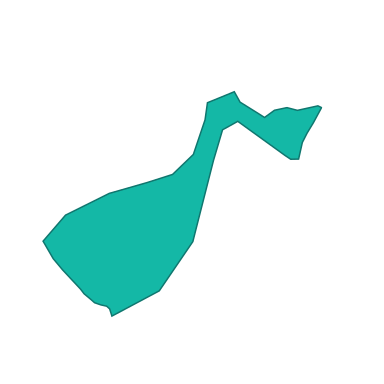 outline of Calvary, Castries, Saint Lucia, rotated 61°
{"feature_id": "8701671B81655629015903", "entity_name": "Calvary", "entity_type": "district", "adm_level": 2, "iso_a3": "LCA", "parent_name": "Saint Lucia", "parent_adm1": "Castries", "projection": "natural_earth1", "projection_center": [-60.987, 14.015], "detail": "fine", "context": "isolated", "style": "filled", "palette": "teal", "viewbox_px": 384, "rotation_deg": 61, "n_neighbors": 0, "source": "geoboundaries", "source_scale": "gbopen_adm2", "svg_char_len": 705}
<svg xmlns="http://www.w3.org/2000/svg" viewBox="0 0 384 384"><g transform="rotate(61 192 192)"><path d="M261.7,322.2L262.6,268.5L262.0,267.4L235.8,215.3L228.1,208.1L174.7,157.8L152.4,135.1L152.4,117.7L205.2,92.9L211.2,89.8L214.9,82.8L202.2,71.5L196.3,62.8L190.3,52.3L181.4,38.4L180.8,37.9L177.7,40.1L171.7,60.2L167.6,64.5L164.3,68.0L163.9,69.1L160.5,80.2L161.6,89.3L162.0,92.4L150.9,98.5L136.7,106.4L124.8,106.4L121.4,135.2L135.2,145.6L159.8,172.6L167.2,200.5L162.0,226.6L153.1,265.0L150.9,313.8L162.8,346.1L183.1,345.7L197.6,342.9L222.8,336.6L228.8,335.7L233.9,333.7L236.0,332.9L241.6,330.9L246.6,326.4L250.5,322.0L254.3,320.7L261.7,322.2Z" fill="#14b8a6" stroke="#0f766e" stroke-width="1.5"/></g></svg>